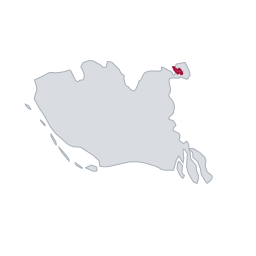 Beekdaelen, Limburg, Netherlands (highlighted), rotated 243°
{"feature_id": "6326949B16660020709385", "entity_name": "Beekdaelen", "entity_type": "district", "adm_level": 2, "iso_a3": "NLD", "parent_name": "Netherlands", "parent_adm1": "Limburg", "projection": "robinson", "projection_center": [5.879, 50.935], "detail": "fine", "context": "in_parent", "style": "filled", "palette": "rose", "viewbox_px": 256, "rotation_deg": 243, "n_neighbors": 0, "source": "geoboundaries", "source_scale": "gbopen_adm2", "svg_char_len": 4713}
<svg xmlns="http://www.w3.org/2000/svg" viewBox="0 0 256 256"><g transform="rotate(243 128 128)"><path d="M160.5,208.7L156.0,208.6L151.7,208.5L149.5,208.2L147.1,207.4L146.0,205.6L144.7,203.5L145.0,202.2L149.0,198.5L149.6,197.5L149.2,197.0L149.6,195.4L152.7,189.9L153.1,187.7L151.7,186.1L149.7,185.2L143.3,183.6L140.3,181.3L138.9,179.3L137.5,178.7L135.4,179.4L130.1,180.1L125.8,179.1L120.7,175.3L119.5,171.9L118.9,169.3L117.6,168.4L115.9,169.7L113.7,171.8L109.5,172.1L108.3,171.6L108.1,170.4L107.8,169.3L106.7,167.9L105.4,167.1L99.9,171.0L97.9,171.0L95.4,169.5L94.2,168.1L91.4,168.9L88.8,170.7L89.7,174.1L88.3,174.7L85.2,174.4L81.8,173.0L77.9,172.2L72.0,169.8L63.8,171.7L58.1,169.5L53.3,169.2L50.4,167.4L47.3,164.4L49.5,162.3L51.7,161.6L60.4,161.2L66.7,162.5L78.0,169.1L80.9,169.1L83.9,168.2L82.4,166.4L79.6,165.6L75.4,163.8L72.0,161.3L80.0,160.4L78.9,159.1L77.9,156.9L69.6,149.2L71.0,147.1L73.2,142.6L75.8,138.9L77.9,137.9L81.4,135.2L88.9,127.5L93.6,121.2L97.2,113.7L102.5,93.1L104.0,89.6L106.5,85.7L109.6,86.4L111.8,87.5L119.4,84.6L132.5,77.0L136.4,70.4L140.2,67.3L155.2,61.3L163.4,59.5L176.2,59.1L185.4,58.0L196.5,57.6L200.7,61.3L203.2,64.0L207.2,65.5L213.3,66.5L213.0,71.9L213.1,82.4L212.6,84.3L209.9,88.7L207.1,96.7L206.3,102.0L205.4,103.0L193.8,102.9L192.1,103.9L191.9,105.0L192.5,106.3L192.2,107.7L191.3,108.8L191.8,110.5L193.8,112.5L197.5,113.7L201.5,113.8L203.5,113.6L205.0,115.0L206.5,117.2L206.4,119.9L205.9,123.6L204.0,127.0L198.6,130.9L196.2,132.3L193.9,133.0L192.9,134.1L192.4,135.4L192.5,136.5L196.4,139.7L196.3,140.4L195.2,142.0L193.7,143.6L183.7,146.8L179.6,146.5L177.3,148.1L176.6,148.4L174.0,146.9L168.2,145.3L166.0,145.8L164.8,146.8L161.1,147.9L158.5,149.6L158.5,151.9L163.1,157.8L164.8,158.9L164.8,161.1L167.1,163.8L169.4,167.3L169.6,169.5L169.4,171.7L168.2,174.8L164.2,182.1L164.1,183.5L164.5,184.6L165.9,184.9L166.9,185.5L166.6,186.4L159.1,191.5L158.1,192.4L154.9,192.2L154.4,193.0L154.9,194.4L156.1,195.6L158.8,196.2L161.1,197.5L163.0,200.1L160.5,208.7ZM81.8,173.0L81.1,175.1L79.3,177.5L73.4,180.9L67.2,183.1L64.0,182.8L61.9,181.6L60.7,180.4L57.4,179.2L52.9,178.7L50.1,179.9L48.0,181.1L46.3,180.9L45.0,179.9L44.0,178.4L42.7,173.5L46.1,172.6L53.4,172.3L59.0,174.0L66.5,174.8L72.2,172.5L76.6,174.5L81.8,173.0ZM69.7,153.2L74.0,156.3L74.9,157.2L75.2,158.3L69.7,159.5L63.8,155.7L60.0,156.6L58.5,154.9L58.5,153.7L62.5,152.8L69.7,153.2ZM111.7,78.4L107.4,82.4L104.7,81.3L103.9,80.4L105.3,77.3L111.8,72.1L111.7,78.4ZM131.1,60.7L127.0,61.2L125.2,60.4L135.1,58.2L141.3,57.5L142.4,57.8L131.1,60.7ZM157.6,56.6L149.0,57.5L146.0,56.8L145.5,56.2L147.9,55.8L155.3,55.7L157.6,56.3L157.6,56.6ZM121.6,65.1L113.4,69.2L112.8,68.6L118.0,65.0L121.6,65.1ZM192.9,49.7L188.8,49.9L190.0,48.4L193.7,47.3L195.8,47.3L192.9,49.7ZM175.3,53.7L169.2,55.6L167.7,55.2L168.1,54.7L173.5,53.5L175.3,53.7Z" fill="#d9dde1" stroke="#a8b0b8" stroke-width="1"/><path d="M151.9,199.6L152.0,199.6L151.9,199.6L151.9,199.8L151.7,199.9L151.8,200.1L152.0,200.2L151.9,200.2L151.8,200.3L152.0,200.3L152.0,200.5L151.9,200.6L151.9,200.4L151.7,200.5L151.8,200.6L151.7,200.7L151.7,200.8L151.8,201.0L152.0,201.1L152.3,201.0L152.5,201.1L152.7,201.3L152.7,201.2L152.8,201.2L153.0,201.1L153.1,200.9L153.3,200.8L153.5,200.8L153.4,201.0L153.3,201.3L153.5,201.4L153.8,201.3L154.0,201.3L154.3,201.4L154.5,201.4L154.9,201.3L155.0,201.3L155.3,201.3L155.5,201.3L155.7,201.2L155.7,201.3L155.8,201.3L155.8,201.2L156.0,201.2L155.9,201.0L156.1,200.9L156.3,200.8L156.4,200.7L156.5,200.7L156.4,200.6L156.7,200.4L157.0,200.2L156.9,200.2L157.1,200.1L157.3,200.2L157.2,199.9L156.5,199.6L156.6,199.4L156.4,199.4L156.2,199.3L156.1,199.2L156.3,199.0L156.4,198.9L156.5,198.9L156.8,198.8L157.0,198.7L157.3,198.4L157.5,198.3L157.9,198.2L157.7,198.0L157.9,197.7L158.0,197.7L158.3,197.6L158.6,197.5L158.5,197.4L158.8,197.3L158.9,197.2L159.0,197.1L159.3,196.9L159.5,196.8L159.4,196.9L159.6,197.0L159.8,197.0L159.9,196.9L160.5,197.0L160.8,197.1L161.1,197.1L161.3,197.0L161.4,196.9L161.5,196.8L161.6,196.7L161.8,196.4L161.8,196.2L162.0,195.8L162.0,195.7L161.8,195.7L161.6,195.6L160.1,195.7L159.9,195.7L159.6,195.8L159.4,195.9L159.2,195.8L159.1,195.7L158.9,195.6L158.8,195.4L158.6,195.4L157.9,195.6L157.6,195.7L157.4,195.9L157.2,196.0L156.9,196.1L156.7,196.1L156.4,196.2L156.1,196.1L155.9,196.2L155.9,196.3L155.7,196.5L155.4,196.7L155.3,196.8L155.3,196.7L155.2,196.7L155.2,196.8L155.1,196.7L154.9,196.7L154.8,196.8L154.6,196.6L154.4,196.7L154.2,196.6L153.9,196.7L153.9,196.8L153.7,197.0L153.7,197.3L153.7,197.5L153.8,197.6L154.0,197.8L154.2,197.7L154.3,197.7L154.3,197.8L154.4,198.0L154.3,198.3L154.3,198.5L154.2,198.5L154.1,198.8L153.9,199.0L153.7,199.2L153.4,199.2L153.3,199.3L152.7,199.5L152.7,199.4L151.9,199.6Z" fill="#f43f5e" stroke="#9f1239" stroke-width="1.5"/></g></svg>